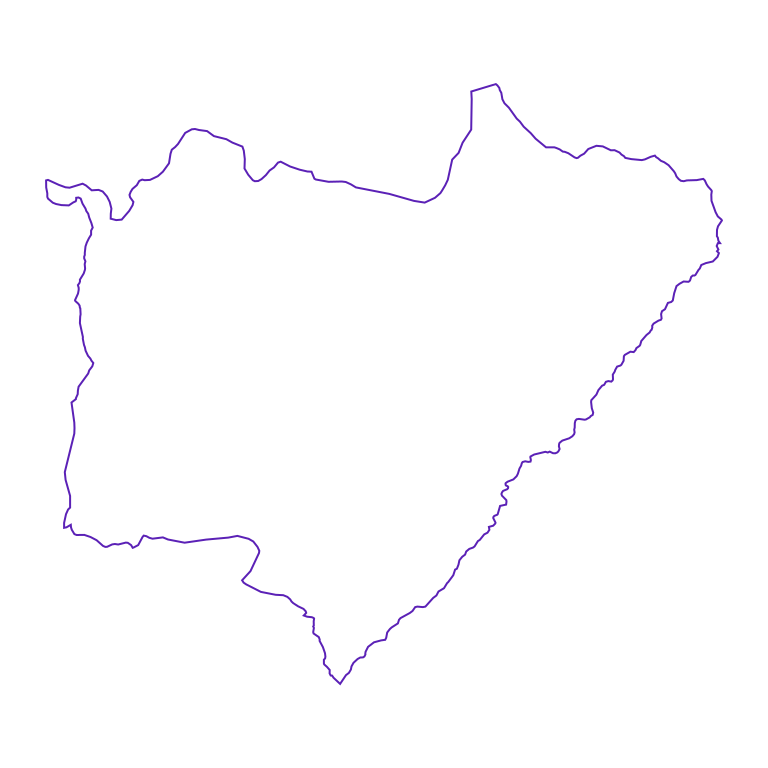 Cornereva, Caras-Severin, Romania (Mercator projection)
{"feature_id": "2599482B63249378795855", "entity_name": "Cornereva", "entity_type": "district", "adm_level": 2, "iso_a3": "ROU", "parent_name": "Romania", "parent_adm1": "Caras-Severin", "projection": "mercator", "projection_center": [22.558, 45.065], "detail": "fine", "context": "isolated", "style": "outline", "palette": "violet", "viewbox_px": 768, "rotation_deg": 0, "n_neighbors": 0, "source": "geoboundaries", "source_scale": "gbopen_adm2", "svg_char_len": 6020}
<svg xmlns="http://www.w3.org/2000/svg" viewBox="0 0 768 768"><path d="M340.1,683.9L346.0,675.1L348.9,672.9L350.9,669.5L351.5,666.4L353.5,662.8L357.6,659.0L360.3,657.5L363.0,657.4L364.4,656.5L365.4,654.5L365.3,653.6L365.6,651.7L368.1,646.8L374.0,642.3L381.1,640.4L385.2,639.8L386.2,637.8L387.2,632.5L389.9,629.0L391.7,627.4L397.9,623.4L399.0,619.8L400.5,618.1L409.8,613.0L412.5,611.0L415.2,607.1L417.4,606.6L422.9,607.1L425.4,606.6L433.2,597.9L436.4,595.5L438.5,591.5L444.0,588.2L447.1,583.1L448.2,582.1L453.3,575.2L455.1,569.6L456.9,568.7L458.5,564.6L459.4,560.3L462.2,556.8L465.1,554.6L466.2,551.5L469.3,548.9L473.0,547.6L474.6,546.4L477.9,541.1L479.8,539.9L484.2,534.4L487.5,532.7L489.4,529.8L488.9,526.9L493.2,525.7L495.3,523.5L495.5,522.6L493.3,518.2L493.3,517.2L494.3,515.9L497.3,514.7L497.7,514.2L500.1,505.9L506.1,504.6L506.5,501.7L506.3,500.1L502.0,495.7L501.4,494.0L502.0,492.4L503.1,490.9L507.2,489.2L508.0,488.3L508.2,487.0L507.6,486.2L506.1,485.6L505.7,485.1L505.5,483.8L505.7,483.1L507.6,481.7L513.4,479.4L516.7,476.1L517.9,473.7L519.5,468.5L521.1,465.8L521.8,463.2L522.6,462.0L525.2,461.3L528.3,461.9L530.5,461.6L530.9,460.1L530.3,457.1L530.5,456.5L534.2,454.5L545.4,451.8L547.8,452.5L549.7,451.6L553.0,453.2L555.2,453.3L557.0,452.6L558.3,451.5L559.6,449.0L558.9,446.3L559.1,444.0L559.6,442.8L562.3,440.6L569.2,438.3L572.3,436.3L574.1,434.2L574.6,432.4L574.2,429.7L574.7,427.5L574.8,423.1L575.4,420.7L576.6,419.3L578.9,418.9L584.5,419.7L585.9,419.5L589.8,417.3L590.7,416.1L592.7,414.9L593.2,412.6L591.8,408.2L591.1,402.0L591.3,400.2L596.4,394.6L598.4,390.1L602.1,385.7L604.2,384.8L605.9,381.8L608.3,381.1L611.3,381.6L612.6,380.4L613.0,379.3L612.8,374.6L614.7,371.6L615.3,369.8L617.1,366.6L620.5,365.5L621.4,364.7L623.6,360.8L623.9,356.2L624.8,354.9L630.4,351.7L633.7,352.1L635.5,350.1L636.4,348.1L639.5,345.9L640.2,344.9L641.3,341.0L646.5,335.0L649.6,332.5L650.8,330.4L651.6,329.8L652.3,327.6L652.2,325.7L653.6,323.6L658.5,320.6L660.9,319.8L661.6,318.5L661.1,314.1L662.0,311.2L665.0,309.2L667.9,302.9L671.2,302.0L672.8,300.5L674.2,293.2L676.5,286.1L679.5,283.8L683.6,281.5L688.4,281.8L689.1,281.4L690.0,280.5L691.2,276.9L692.8,275.5L694.5,275.5L695.4,275.0L698.5,269.9L699.8,268.5L701.3,265.0L705.9,263.1L712.8,261.5L717.5,256.8L718.9,253.1L717.0,251.2L718.4,249.5L716.7,246.0L717.9,243.1L720.0,243.1L718.4,240.8L717.8,237.6L716.9,236.2L717.0,229.9L718.0,226.3L721.9,220.5L721.5,219.6L717.8,216.4L715.6,212.2L711.5,200.8L711.3,194.6L711.8,191.1L711.2,190.0L708.1,186.6L706.6,184.3L704.8,180.4L703.3,178.9L696.7,180.1L686.9,180.4L683.8,181.2L680.9,180.8L678.7,179.1L676.5,176.5L675.2,173.3L673.9,171.3L668.6,165.2L664.2,162.2L660.9,160.8L657.9,158.2L656.2,157.2L654.9,155.6L650.7,156.8L644.9,159.4L641.8,160.1L631.3,159.1L625.3,157.9L624.0,156.2L621.5,154.6L619.5,152.5L614.6,150.2L610.9,150.3L602.8,146.4L596.4,145.8L588.3,149.0L584.1,153.7L580.4,155.7L577.9,157.8L576.6,158.1L574.6,157.4L568.3,153.2L564.7,151.8L562.8,151.6L559.7,149.4L556.4,148.0L554.3,147.3L546.0,147.3L535.6,138.7L530.8,133.2L523.7,126.7L519.9,121.6L516.7,118.6L508.9,107.7L504.5,103.3L502.4,99.3L501.3,92.8L499.8,90.1L499.3,87.9L497.3,85.3L495.8,84.1L471.3,91.5L471.7,99.1L471.2,129.6L462.6,142.7L458.6,152.9L452.2,159.6L447.8,179.8L445.2,185.3L442.1,190.5L440.4,193.1L435.0,197.8L424.7,202.6L414.0,200.9L389.3,193.9L355.9,187.4L351.0,184.4L345.8,182.0L341.7,181.5L328.5,181.8L315.8,179.5L314.4,178.7L311.5,171.7L307.4,171.5L299.7,169.7L290.1,166.5L280.7,161.7L278.0,162.6L274.0,167.4L269.6,170.5L265.9,175.1L261.5,179.1L258.2,181.0L254.8,181.2L252.8,180.2L248.2,174.7L244.5,168.5L244.8,159.1L243.8,150.7L242.4,146.6L232.4,142.6L226.4,139.2L213.9,136.1L207.1,131.1L199.0,130.0L195.0,129.0L191.8,129.3L185.2,132.9L178.0,144.0L175.1,147.1L171.8,149.7L170.5,153.8L169.0,163.3L162.9,171.7L157.8,176.2L150.0,179.9L144.7,180.2L142.2,179.6L139.3,180.9L136.8,185.2L132.5,188.9L130.7,191.8L129.5,194.9L130.1,197.3L133.4,201.9L132.6,205.2L129.2,210.9L121.7,219.6L116.2,220.1L110.7,218.7L110.8,213.6L111.4,208.6L109.7,201.9L107.0,196.5L102.7,191.5L98.6,189.9L91.7,190.3L86.0,185.5L82.6,183.7L69.6,187.7L65.5,187.3L58.9,184.9L48.0,179.9L46.1,180.4L46.2,187.5L47.3,193.3L47.3,196.9L48.0,198.6L52.8,202.7L56.0,204.0L61.5,205.1L68.8,205.4L73.3,202.4L75.7,201.3L76.2,199.8L76.2,197.8L78.5,197.5L80.7,198.6L82.5,203.6L85.5,208.6L86.3,211.0L88.2,213.7L89.2,217.5L91.4,223.1L92.7,227.6L91.1,230.6L91.1,234.7L88.9,238.3L86.8,242.6L85.5,246.4L84.8,252.8L84.8,255.0L84.2,256.6L84.2,258.4L85.4,261.3L84.7,264.1L85.1,268.4L84.9,269.9L83.7,273.5L79.9,279.7L80.0,281.4L79.4,283.1L77.9,285.1L78.7,287.8L78.7,289.9L78.0,293.6L75.0,300.2L75.4,301.1L78.3,303.7L79.6,305.6L79.9,307.8L80.3,308.3L80.6,314.3L80.2,316.6L79.9,323.1L82.4,334.7L82.9,337.0L82.8,338.7L84.0,344.9L84.9,347.3L85.6,350.7L88.0,355.8L90.4,358.6L91.4,360.6L93.3,363.0L92.3,366.3L89.2,370.4L88.2,373.5L78.6,386.7L77.9,390.6L77.7,394.2L75.9,398.2L75.9,399.1L71.5,402.5L74.3,422.6L74.5,428.1L74.3,433.6L64.8,472.1L65.6,479.9L70.1,495.9L70.1,507.6L68.1,509.5L66.0,514.2L64.1,522.9L64.1,527.8L66.5,527.3L70.8,524.8L71.0,527.3L71.8,529.8L74.4,534.1L76.6,535.0L84.3,534.9L90.5,537.0L96.6,540.2L103.0,545.9L105.3,546.9L107.1,546.8L112.2,544.4L114.9,544.0L118.2,544.5L125.8,542.6L127.8,542.8L131.1,545.1L132.7,547.8L133.6,547.5L138.2,545.1L142.6,536.9L143.7,535.6L146.4,536.2L149.3,537.8L152.5,538.7L162.9,537.4L168.0,539.5L184.6,542.7L206.1,539.6L228.3,537.6L237.4,535.9L248.6,538.8L253.3,541.5L257.5,546.9L259.3,550.8L259.0,553.0L250.5,571.1L242.1,580.3L243.6,582.6L246.2,584.4L260.9,591.9L275.7,594.8L283.3,595.2L287.4,596.9L290.2,599.4L291.5,601.5L293.3,603.2L298.1,606.3L303.5,608.9L305.7,611.3L306.2,612.9L303.8,615.5L307.1,616.7L311.8,617.2L313.7,618.0L314.1,618.6L313.7,621.2L313.8,625.6L313.2,626.4L313.9,627.9L313.2,632.1L313.6,633.5L318.8,637.1L319.7,639.6L319.6,640.9L322.9,647.1L325.0,653.2L325.4,656.6L325.1,658.4L323.9,659.7L323.9,663.4L324.2,664.4L327.0,666.9L329.7,670.0L329.6,673.4L330.7,675.5L332.1,675.6L333.6,677.8L340.1,683.9Z" fill="none" stroke="#5b21b6" stroke-width="2"/></svg>